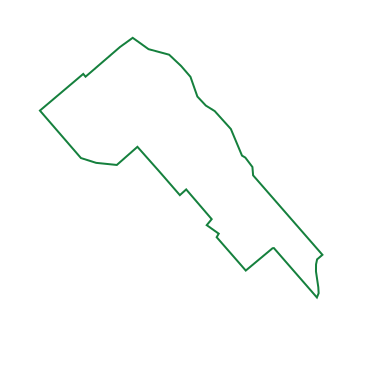 the district of Cayuga, New York, United States of America, rotated 142°
{"feature_id": "52423323B60491080416719", "entity_name": "Cayuga", "entity_type": "district", "adm_level": 2, "iso_a3": "USA", "parent_name": "United States of America", "parent_adm1": "New York", "projection": "orthographic", "projection_center": [-76.569, 43.019], "detail": "fine", "context": "isolated", "style": "outline", "palette": "green", "viewbox_px": 384, "rotation_deg": 142, "n_neighbors": 0, "source": "geoboundaries", "source_scale": "gbopen_adm2", "svg_char_len": 660}
<svg xmlns="http://www.w3.org/2000/svg" viewBox="0 0 384 384"><g transform="rotate(142 192 192)"><path d="M143.8,350.0L159.2,350.6L204.9,348.4L205.0,352.0L261.7,349.8L261.7,349.1L258.8,290.8L258.6,287.1L249.6,274.0L234.6,259.6L207.2,261.2L205.1,227.7L203.5,197.0L195.0,197.6L193.2,158.5L200.8,156.8L196.6,142.7L200.4,141.2L198.6,108.6L198.0,97.0L163.2,98.1L162.0,97.4L158.5,32.0L154.5,34.3L151.1,39.2L143.2,53.1L138.8,58.6L134.9,61.9L127.9,62.2L133.6,167.5L129.0,174.5L128.8,186.3L130.2,189.9L122.6,217.7L124.3,241.8L127.9,251.6L129.0,263.9L122.3,283.7L123.0,297.9L125.5,314.3L138.3,331.3L143.8,350.0Z" fill="none" stroke="#15803d" stroke-width="2"/></g></svg>